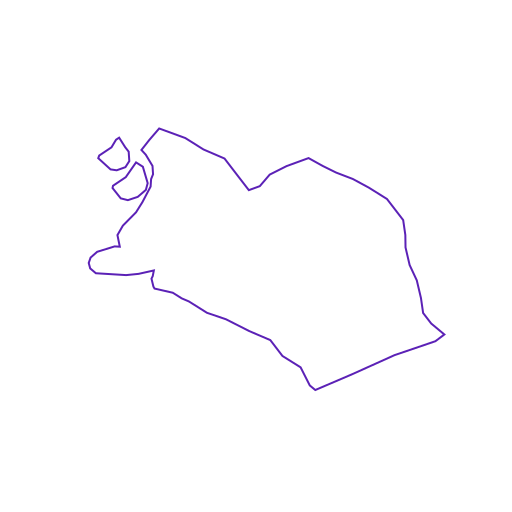 the district of Yomju, P'yŏngan-bukto, North Korea, rotated 52°
{"feature_id": "82179303B57222251804338", "entity_name": "Yomju", "entity_type": "district", "adm_level": 2, "iso_a3": "PRK", "parent_name": "North Korea", "parent_adm1": "P'yŏngan-bukto", "projection": "equal_earth", "projection_center": [124.46, 39.9], "detail": "fine", "context": "isolated", "style": "outline", "palette": "violet", "viewbox_px": 512, "rotation_deg": 52, "n_neighbors": 0, "source": "geoboundaries", "source_scale": "gbopen_adm2", "svg_char_len": 1212}
<svg xmlns="http://www.w3.org/2000/svg" viewBox="0 0 512 512"><g transform="rotate(52 256 256)"><path d="M398.1,291.8L408.5,252.5L419.4,207.9L433.6,167.1L433.8,155.9L417.1,159.5L403.8,159.4L390.7,151.9L374.2,144.3L357.7,140.5L341.3,132.9L331.4,125.4L318.3,117.9L291.7,117.7L271.6,125.0L254.9,132.3L239.6,141.5L226.1,148.0L211.2,154.3L207.6,165.4L204.0,176.5L200.3,195.1L203.3,210.0L199.7,221.1L183.1,221.0L159.8,220.8L139.7,231.8L119.5,239.1L95.9,253.8L98.9,268.8L101.9,281.0L108.3,280.5L121.3,282.1L128.2,286.8L130.8,291.3L136.4,296.3L143.6,312.3L147.7,323.6L150.1,342.2L154.2,352.3L164.8,357.6L161.4,361.5L154.9,378.6L155.4,387.3L158.5,392.1L163.7,394.3L171.0,392.8L191.1,370.1L197.8,359.5L204.5,345.4L208.3,349.8L209.5,352.3L217.0,355.7L219.2,356.0L233.7,344.2L243.7,340.6L250.4,336.9L270.6,329.6L287.4,318.6L310.9,307.6L331.1,296.5L351.1,296.7L371.2,289.4L391.1,293.3L398.1,291.8ZM127.3,327.1L133.1,322.6L136.6,312.8L136.1,302.1L131.9,296.5L116.0,290.2L108.4,292.9L113.7,310.1L112.6,325.4L114.1,327.2L127.3,327.1ZM98.2,317.3L102.7,313.0L105.6,304.2L103.2,297.4L95.4,292.1L89.7,292.1L78.5,291.0L78.2,294.7L81.4,303.0L80.3,317.7L81.8,320.1L98.2,317.3Z" fill="none" stroke="#5b21b6" stroke-width="2"/></g></svg>